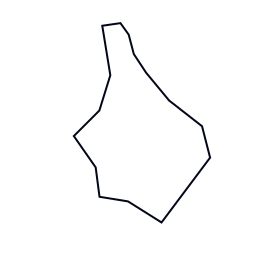 SVG path tracing the border of Fiorentino, rotated 315°
{"feature_id": "SMR-4890", "entity_name": "Fiorentino", "entity_type": "state/province", "adm_level": 1, "iso_a3": "SMR", "parent_name": "San Marino", "parent_adm1": "", "projection": "orthographic", "projection_center": [12.455, 43.909], "detail": "fine", "context": "isolated", "style": "outline", "palette": "ink", "viewbox_px": 256, "rotation_deg": 315, "n_neighbors": 0, "source": "natural_earth", "source_scale": "10m", "svg_char_len": 346}
<svg xmlns="http://www.w3.org/2000/svg" viewBox="0 0 256 256"><g transform="rotate(315 128 128)"><path d="M181.6,179.1L165.1,207.0L84.9,218.5L76.1,179.9L59.2,156.5L77.3,133.0L84.0,95.4L120.1,95.4L152.8,78.2L182.1,37.5L196.8,48.5L194.5,62.5L184.4,79.8L179.9,101.7L176.5,137.7L181.6,179.1Z" fill="none" stroke="#020617" stroke-width="2"/></g></svg>